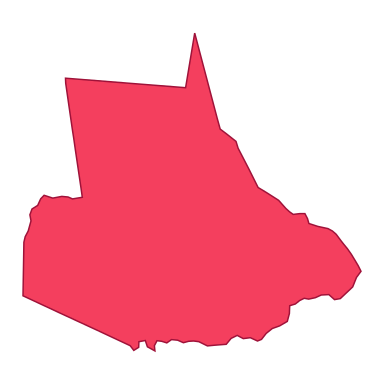 Paudalho, Pernambuco, Brazil
{"feature_id": "56859067B48734598444880", "entity_name": "Paudalho", "entity_type": "district", "adm_level": 2, "iso_a3": "BRA", "parent_name": "Brazil", "parent_adm1": "Pernambuco", "projection": "natural_earth1", "projection_center": [-35.132, -7.887], "detail": "fine", "context": "isolated", "style": "filled", "palette": "rose", "viewbox_px": 384, "rotation_deg": 0, "n_neighbors": 0, "source": "geoboundaries", "source_scale": "gbopen_adm2", "svg_char_len": 1278}
<svg xmlns="http://www.w3.org/2000/svg" viewBox="0 0 384 384"><path d="M194.7,33.1L185.6,87.7L132.3,83.5L65.5,78.2L65.7,83.2L68.8,104.9L72.6,131.1L73.7,138.1L75.3,149.4L81.0,188.0L82.3,197.3L72.5,198.9L68.1,197.0L61.8,196.4L52.8,198.1L44.1,195.3L40.7,198.8L37.7,205.4L32.0,209.0L29.9,214.8L31.0,220.9L28.2,231.0L25.2,236.7L23.9,242.2L23.0,295.8L59.4,312.8L96.0,329.7L130.2,345.7L133.8,350.4L138.7,347.3L138.9,341.7L145.3,340.5L147.4,346.8L154.9,350.9L154.4,345.7L157.0,340.7L161.7,341.3L166.8,342.9L171.5,339.6L177.7,340.2L183.4,342.7L188.6,341.3L193.6,341.0L198.9,341.7L207.4,345.9L214.7,345.2L226.2,344.3L231.1,338.4L237.2,335.4L243.3,338.6L250.3,337.7L257.5,341.0L261.5,339.4L266.2,333.4L272.3,328.5L279.6,325.9L287.3,321.4L289.4,313.5L289.7,305.7L295.3,304.0L299.7,300.5L304.2,298.3L308.7,299.1L315.3,297.7L321.3,295.0L328.9,294.6L334.5,299.6L340.3,298.6L352.7,286.9L356.5,277.4L361.0,271.3L358.2,265.7L355.1,260.5L351.4,254.4L347.4,248.7L343.7,244.2L340.8,240.5L336.2,234.3L332.4,231.0L328.0,228.6L317.8,226.4L308.9,223.5L307.5,218.6L304.9,213.6L300.0,213.6L293.2,214.4L289.4,211.7L285.9,208.5L278.6,200.3L266.7,192.7L258.1,187.5L248.8,168.9L238.1,148.2L236.0,141.4L226.8,134.1L220.2,129.1L217.2,118.3L194.7,33.1Z" fill="#f43f5e" stroke="#9f1239" stroke-width="1.5"/></svg>